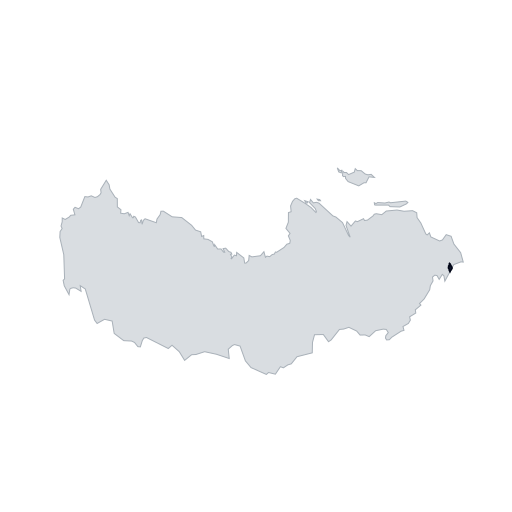 location of Landskrona, Skåne, Sweden, rotated 244°
{"feature_id": "70781695B51244524104", "entity_name": "Landskrona", "entity_type": "district", "adm_level": 2, "iso_a3": "SWE", "parent_name": "Sweden", "parent_adm1": "Skåne", "projection": "natural_earth1", "projection_center": [12.956, 55.915], "detail": "fine", "context": "in_parent", "style": "filled", "palette": "ink", "viewbox_px": 512, "rotation_deg": 244, "n_neighbors": 0, "source": "geoboundaries", "source_scale": "gbopen_adm2", "svg_char_len": 4139}
<svg xmlns="http://www.w3.org/2000/svg" viewBox="0 0 512 512"><g transform="rotate(244 256 256)"><path d="M127.5,337.8L129.2,341.3L132.9,340.9L134.5,338.3L136.4,330.8L133.9,322.4L137.2,319.5L139.3,314.9L144.4,313.6L151.2,308.2L151.9,302.8L153.4,298.8L147.6,286.7L147.2,283.6L155.9,282.1L159.6,274.1L153.6,268.9L144.3,264.1L147.5,248.7L143.6,240.4L144.2,236.9L143.5,231.6L145.8,229.4L141.3,221.6L145.8,216.2L145.0,213.4L157.9,202.6L166.4,200.5L182.0,202.2L185.8,197.9L185.9,195.6L184.4,190.2L175.6,187.0L185.1,177.3L192.5,167.9L193.8,158.8L195.5,154.9L193.5,146.1L203.6,145.1L212.6,141.4L211.3,136.6L230.8,121.8L231.4,119.2L229.8,116.7L225.0,112.2L226.3,110.1L231.6,108.9L234.1,106.9L237.9,100.0L248.6,94.6L260.6,98.2L265.5,92.1L265.0,83.6L269.2,82.8L301.2,88.1L306.4,85.0L300.9,83.3L306.2,79.9L307.6,77.8L308.1,75.4L307.8,74.1L303.2,71.0L313.3,70.6L318.7,72.0L319.3,73.9L341.4,83.8L358.7,87.8L363.8,90.6L365.7,93.8L368.4,93.9L371.7,96.8L375.1,98.5L372.5,100.5L372.9,105.2L373.8,107.3L372.4,111.3L378.1,112.3L379.1,114.7L376.3,117.2L376.8,119.9L384.4,128.2L382.7,130.9L382.3,134.3L379.2,136.9L378.8,139.5L379.6,142.8L380.8,144.5L384.0,145.6L389.7,154.6L384.4,155.2L380.2,154.0L370.7,155.1L368.4,156.5L360.9,152.9L356.8,154.9L353.8,153.1L351.7,156.1L351.3,160.1L347.8,159.7L349.2,161.3L344.5,161.8L344.2,162.5L345.3,163.5L343.9,164.7L337.5,165.1L336.7,166.4L338.6,168.0L338.6,169.0L334.4,167.5L337.4,170.4L338.1,172.6L329.6,181.0L332.6,183.2L335.2,188.0L337.9,190.2L336.9,192.4L328.0,197.8L323.1,206.1L311.8,211.6L305.8,213.0L302.0,216.9L297.4,215.7L297.3,218.0L294.3,216.6L292.0,220.1L287.9,223.0L283.4,222.5L282.9,223.0L284.3,223.8L279.1,224.6L277.6,227.7L273.7,228.5L273.1,229.5L277.1,229.7L276.3,232.2L271.9,233.5L270.3,235.1L268.3,235.1L268.7,233.8L265.7,233.9L264.7,232.5L264.2,232.8L266.3,236.9L264.8,238.6L267.7,240.2L259.6,244.2L254.6,242.7L254.0,243.9L255.1,247.4L259.5,250.1L257.0,251.9L254.3,260.1L256.4,265.0L250.7,263.9L251.1,265.8L249.4,268.0L250.2,271.2L249.7,273.3L251.1,275.2L250.3,276.1L251.4,285.0L253.1,288.9L252.6,291.9L254.9,293.6L259.9,293.9L261.4,296.5L267.7,295.0L272.2,299.9L280.8,304.2L280.4,307.0L285.8,309.0L289.1,312.8L290.4,315.9L290.1,317.9L281.8,323.2L275.5,326.7L268.8,328.9L269.2,329.7L272.5,330.1L280.5,327.5L282.9,329.8L278.6,330.8L277.8,333.8L275.9,335.8L258.3,342.7L256.0,344.9L248.1,348.4L233.8,348.2L231.6,348.9L244.0,350.3L247.0,352.9L241.2,354.5L243.9,360.7L242.4,362.2L242.4,369.0L240.3,369.1L239.4,371.9L240.7,378.7L241.7,380.6L241.3,382.6L238.0,387.2L239.3,392.8L235.5,402.9L231.3,408.7L228.1,416.6L224.4,419.4L219.9,417.6L213.4,418.6L201.4,418.3L199.9,419.1L200.8,422.0L196.5,421.5L189.0,427.6L188.7,430.6L191.8,436.3L188.2,440.0L180.0,439.1L169.3,441.4L159.7,439.6L160.9,437.6L161.6,430.0L150.6,414.7L155.8,416.2L157.8,415.4L154.7,410.4L159.1,410.1L160.4,408.3L159.7,405.4L156.0,404.2L152.9,399.7L149.5,397.3L143.7,388.3L141.6,382.1L139.6,382.7L137.8,375.6L134.7,374.6L134.0,367.4L130.7,366.6L128.6,363.4L128.2,357.2L124.3,356.4L124.8,353.4L123.5,342.5L122.3,339.1L123.3,336.6L125.5,336.4L127.5,337.8ZM294.2,371.2L292.4,371.9L291.4,373.9L288.6,374.9L288.3,381.1L291.0,383.5L288.3,384.5L286.6,387.9L281.8,390.1L279.9,392.2L278.9,395.3L274.7,396.9L277.6,392.3L273.6,387.0L274.5,385.2L274.0,379.1L282.5,371.4L286.5,370.5L288.3,371.3L289.0,369.4L290.3,369.0L294.2,371.2ZM239.7,414.7L237.6,416.0L236.9,414.1L237.0,406.8L241.6,398.1L243.7,397.4L249.3,385.8L250.0,385.0L252.0,385.7L250.5,386.8L250.7,388.8L247.1,395.1L246.2,399.2L244.9,400.2L239.7,414.7ZM295.9,368.8L295.5,370.6L293.3,369.1L295.3,367.2L299.6,367.7L295.9,368.8ZM284.4,324.0L281.8,326.7L281.2,325.6L281.7,324.3L284.4,324.0ZM278.8,338.0L277.4,338.2L278.4,336.3L280.3,335.9L278.8,338.0Z" fill="#d9dde1" stroke="#a8b0b8" stroke-width="1"/><path d="M156.7,423.4L157.5,424.4L158.1,425.6L158.9,426.8L159.9,427.2L162.4,427.0L163.6,427.1L164.6,426.7L164.4,426.4L164.0,426.1L163.4,426.0L162.9,426.3L162.5,426.3L162.3,426.0L162.1,425.6L162.8,425.2L162.7,424.8L162.0,424.4L161.5,424.1L161.4,423.9L160.9,423.8L160.6,423.6L160.2,423.6L159.8,423.9L159.2,423.8L158.6,423.4L156.7,423.4Z" fill="#0f172a" stroke="#020617" stroke-width="1.5"/></g></svg>